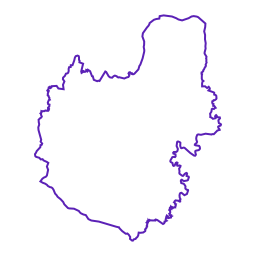 Can Loc, Ha Tinh, Vietnam (Robinson projection)
{"feature_id": "81297802B44635779635670", "entity_name": "Can Loc", "entity_type": "district", "adm_level": 2, "iso_a3": "VNM", "parent_name": "Vietnam", "parent_adm1": "Ha Tinh", "projection": "robinson", "projection_center": [105.744, 18.444], "detail": "fine", "context": "isolated", "style": "outline", "palette": "violet", "viewbox_px": 256, "rotation_deg": 0, "n_neighbors": 0, "source": "geoboundaries", "source_scale": "gbopen_adm2", "svg_char_len": 5802}
<svg xmlns="http://www.w3.org/2000/svg" viewBox="0 0 256 256"><path d="M205.4,23.5L198.2,17.2L196.8,16.6L193.7,16.1L191.5,16.5L188.6,18.2L182.1,20.4L178.5,19.5L176.2,18.2L172.0,16.5L163.7,15.4L159.7,16.1L159.3,18.6L156.3,19.0L153.9,19.8L149.6,23.1L149.3,24.4L148.3,26.0L147.0,27.4L142.9,33.2L142.4,36.5L144.2,41.5L144.1,45.0L143.7,46.9L144.3,50.1L144.2,51.7L142.6,58.4L140.3,64.7L139.4,65.9L138.4,69.4L134.5,73.6L133.6,74.2L132.6,74.2L132.1,73.6L131.5,73.8L131.6,73.2L131.0,73.2L129.9,72.2L129.0,72.5L128.5,73.5L128.9,74.0L129.2,75.8L128.4,77.0L126.8,77.4L124.3,78.5L119.0,77.2L118.3,77.5L117.3,77.0L116.8,76.3L114.9,75.6L113.6,76.2L112.1,77.7L110.1,77.4L108.7,76.3L106.2,72.0L105.3,71.5L99.5,81.0L98.3,80.7L97.2,81.2L93.8,79.8L92.8,76.3L92.0,76.2L90.1,71.2L88.1,69.9L88.0,70.8L87.7,71.1L87.5,70.2L86.3,69.9L86.4,71.3L85.4,71.4L85.0,71.9L83.7,71.9L83.5,71.0L82.8,70.9L82.6,71.3L83.0,72.0L81.6,72.9L81.2,71.5L83.1,63.7L79.4,62.3L79.6,60.7L79.0,59.9L79.0,57.1L78.6,56.0L77.5,55.6L75.7,56.2L74.9,57.6L74.2,60.6L72.5,65.2L70.8,65.2L70.7,67.0L69.1,67.2L68.6,69.0L68.7,70.9L68.2,72.7L67.5,73.3L65.9,73.7L64.9,75.9L63.1,77.6L62.9,79.2L64.4,81.4L63.0,84.8L63.6,89.2L58.4,88.5L56.6,85.9L51.7,86.2L51.4,87.4L50.3,88.2L49.7,88.0L49.9,87.2L49.7,86.8L48.7,87.4L48.4,89.2L47.3,90.5L47.6,91.0L48.4,90.6L48.8,90.9L47.8,93.4L47.9,94.3L47.6,95.1L48.0,95.7L48.6,96.0L48.9,97.2L49.4,97.8L49.3,98.9L49.8,99.7L48.8,100.1L47.8,102.6L48.2,104.2L49.5,104.6L49.3,106.4L48.0,107.7L48.1,109.2L48.4,109.2L48.9,108.5L49.1,108.9L48.6,110.4L48.1,110.8L47.5,110.3L46.9,110.8L45.3,110.5L44.5,111.1L42.7,111.1L42.3,111.5L41.4,111.1L41.1,112.9L40.5,113.4L41.1,114.0L41.0,114.8L41.8,116.5L41.2,117.6L40.5,117.9L38.6,119.7L38.8,122.6L39.0,123.0L39.2,124.6L38.3,127.3L38.5,130.0L41.2,139.8L40.6,141.6L42.2,143.6L41.6,144.9L40.5,145.1L40.3,147.2L36.7,151.1L35.9,152.9L35.1,153.9L35.0,154.6L35.4,156.3L36.2,156.9L39.3,157.8L40.7,159.4L42.6,159.2L43.5,160.4L46.8,161.9L48.3,162.9L46.9,166.6L48.1,169.8L46.9,175.5L45.9,176.7L43.7,177.7L42.3,178.8L40.4,181.4L42.8,182.8L45.0,183.6L46.9,184.8L47.9,186.0L49.9,187.1L51.4,187.4L52.4,188.1L53.5,189.7L55.1,193.6L56.6,195.2L57.6,196.8L60.6,199.2L63.2,202.0L64.3,204.3L67.9,208.0L69.1,208.4L74.0,208.7L78.9,211.0L79.8,212.3L80.9,213.3L83.4,214.5L85.8,215.1L88.4,219.1L91.3,220.5L98.9,221.6L116.1,226.7L119.1,227.4L119.3,228.1L122.2,231.1L125.4,233.5L126.0,233.8L127.4,233.5L128.7,234.7L130.2,237.0L130.0,238.9L132.1,240.6L132.9,240.6L133.7,239.4L135.6,238.9L136.3,237.8L137.2,237.2L138.2,235.5L138.7,232.6L140.3,232.8L143.2,232.5L145.2,231.1L145.4,229.9L145.1,229.3L146.3,228.2L146.4,227.4L147.1,226.7L146.7,225.9L147.2,225.1L147.1,224.4L147.3,224.0L147.2,223.0L146.6,222.6L147.3,221.7L147.4,221.1L148.0,221.1L148.1,220.6L148.4,221.2L148.7,220.3L149.0,220.4L149.2,220.1L149.6,220.5L149.9,220.1L150.5,220.4L155.2,220.5L155.2,219.8L155.7,219.5L157.4,220.1L163.0,224.0L164.2,223.3L164.5,221.7L165.2,221.7L165.7,221.1L166.6,220.7L165.6,219.9L165.9,218.4L166.8,217.6L166.2,217.0L166.8,215.6L168.4,217.1L168.1,217.8L168.2,218.1L171.0,217.5L171.0,216.7L171.7,216.2L171.2,216.0L171.2,215.4L170.6,215.6L169.6,215.0L169.8,214.4L169.3,213.7L170.0,213.2L170.3,212.1L169.9,210.8L170.3,210.0L169.3,209.8L169.9,208.5L169.9,207.8L170.4,207.5L170.8,206.6L171.5,207.7L171.6,206.9L172.6,207.2L173.0,208.0L173.6,207.5L175.2,207.4L175.1,206.8L175.8,205.8L175.5,205.0L175.9,204.2L175.1,203.9L174.8,202.9L174.1,202.3L174.6,201.9L174.6,201.3L175.5,200.4L178.1,200.7L179.7,201.6L180.2,201.5L180.3,201.0L179.7,200.1L180.5,199.1L179.7,197.6L179.5,195.3L179.8,193.9L180.4,193.0L181.5,192.8L184.4,195.2L186.9,194.0L188.1,190.5L187.9,189.9L186.6,189.7L185.5,188.7L185.3,188.1L185.5,186.3L184.3,184.4L183.6,183.7L181.3,183.1L180.8,181.0L181.0,180.2L181.8,179.7L183.4,180.9L184.3,181.0L187.1,180.5L187.9,180.1L188.9,177.2L188.6,176.6L186.6,176.0L186.6,175.3L187.1,173.7L186.8,173.1L186.3,172.9L184.8,173.8L183.2,175.8L182.7,175.9L182.0,175.6L179.6,173.8L179.3,173.0L179.5,171.3L179.1,168.7L180.4,166.7L180.5,165.8L179.4,165.4L178.1,165.8L177.3,165.7L177.0,164.9L177.5,162.8L176.8,162.4L175.8,162.9L174.6,165.6L173.5,165.9L173.0,165.4L172.4,162.9L170.7,162.0L170.3,161.2L170.5,160.3L172.3,157.2L173.2,156.9L175.0,157.1L175.6,156.4L175.5,154.3L173.4,153.6L173.2,152.7L173.8,152.0L176.4,151.9L177.4,151.0L177.9,149.0L176.6,146.0L177.1,142.1L177.5,141.6L178.2,141.5L179.7,142.1L180.4,142.8L180.2,145.8L180.9,147.9L181.6,148.2L183.6,147.6L184.5,147.8L190.3,153.0L194.1,155.6L195.2,155.7L195.9,154.7L195.2,151.9L195.4,151.0L196.1,150.6L198.7,150.1L199.7,149.2L200.0,148.3L199.7,146.8L199.1,145.9L195.4,145.3L194.8,144.9L194.9,144.3L196.7,142.8L197.1,141.9L196.4,139.9L196.2,138.3L196.5,136.6L197.3,134.8L198.2,134.4L201.0,134.8L205.6,133.7L211.6,134.5L212.2,134.1L213.8,134.2L217.4,130.5L219.7,129.9L219.6,129.4L218.3,127.7L218.1,126.8L218.5,126.3L220.5,125.6L221.0,124.7L220.7,124.0L218.9,123.1L218.4,120.8L218.5,120.1L220.0,118.3L219.8,117.4L217.4,117.2L216.6,115.6L216.1,115.1L215.5,115.6L215.1,116.3L215.8,117.7L215.6,118.2L212.9,118.8L211.8,117.8L210.2,117.0L210.4,116.1L210.1,113.7L211.4,111.7L211.8,109.1L212.6,108.7L213.9,109.0L214.8,108.1L215.6,107.8L214.3,106.0L213.2,105.8L213.5,104.0L212.5,103.6L212.2,102.5L212.3,101.3L213.0,101.1L213.6,100.2L214.5,100.3L216.2,99.1L216.5,98.3L216.3,95.9L215.6,95.0L214.2,94.6L214.2,92.7L213.8,92.4L208.5,90.5L209.7,89.2L209.8,88.3L208.7,86.8L207.1,88.0L205.0,86.3L202.1,86.4L202.1,83.2L202.5,81.7L203.4,81.0L202.3,80.1L201.8,78.8L201.8,75.6L202.1,74.2L201.5,73.9L201.5,72.9L201.6,72.4L202.2,72.2L203.2,71.2L203.2,70.3L203.9,69.5L204.9,67.3L205.6,66.6L205.9,65.7L205.6,64.8L206.6,62.4L206.3,61.6L206.4,59.0L206.1,58.6L206.5,56.7L204.6,53.6L204.6,52.4L205.6,48.6L205.4,46.4L205.7,43.2L205.0,39.3L205.1,35.0L204.2,31.4L205.2,27.0L205.4,23.5Z" fill="none" stroke="#5b21b6" stroke-width="2"/></svg>